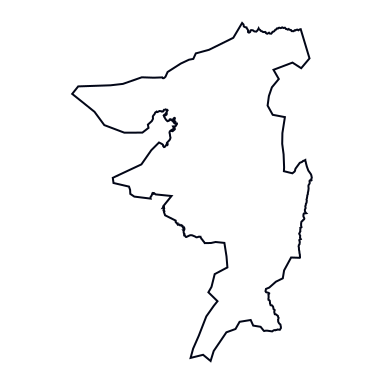 Renchinlxu'mbe, Hövsgöl, Mongolia
{"feature_id": "93677404B49169879261088", "entity_name": "Renchinlxu'mbe", "entity_type": "district", "adm_level": 2, "iso_a3": "MNG", "parent_name": "Mongolia", "parent_adm1": "Hövsgöl", "projection": "albers", "projection_center": [99.78, 51.076], "detail": "fine", "context": "isolated", "style": "outline", "palette": "ink", "viewbox_px": 384, "rotation_deg": 0, "n_neighbors": 0, "source": "geoboundaries", "source_scale": "gbopen_adm2", "svg_char_len": 6004}
<svg xmlns="http://www.w3.org/2000/svg" viewBox="0 0 384 384"><path d="M299.7,257.8L300.0,257.6L300.0,256.5L299.9,255.8L299.9,254.8L299.5,253.2L299.3,251.1L299.0,249.9L298.9,247.5L298.6,246.5L298.8,245.7L298.8,245.2L299.5,244.3L299.8,242.0L299.3,240.4L299.3,240.0L299.7,239.5L300.8,239.1L300.0,237.6L300.2,235.7L299.3,234.0L299.2,233.5L299.8,232.6L300.0,231.8L300.4,231.2L300.2,230.1L300.4,228.9L300.3,227.8L301.1,227.5L301.5,227.2L301.1,225.6L301.1,223.8L301.4,221.8L301.8,221.3L302.6,220.8L303.0,220.1L304.0,219.4L304.3,218.8L304.3,218.3L303.4,216.4L303.4,215.1L303.6,214.0L303.9,213.5L306.2,213.2L305.6,212.6L304.9,211.1L304.9,209.6L305.6,208.1L305.3,206.2L305.8,205.0L305.9,203.7L306.5,202.8L306.8,200.5L306.5,199.6L306.9,198.4L307.0,197.5L307.2,196.7L307.3,195.3L307.9,194.0L307.8,193.1L308.3,190.9L308.6,188.5L308.4,185.9L308.6,185.1L309.6,183.5L309.7,182.4L309.5,181.1L309.7,180.6L310.2,180.2L311.2,180.5L311.5,180.3L311.3,179.0L311.8,177.7L311.3,175.2L310.9,174.2L308.3,170.5L306.8,166.4L305.9,162.9L305.8,162.1L305.4,161.2L305.3,160.0L303.8,160.8L303.3,160.8L301.9,162.0L299.8,162.8L295.7,168.4L295.3,169.2L295.0,170.8L294.5,171.6L292.4,173.3L283.9,171.2L284.1,167.4L283.6,154.4L282.2,143.8L282.4,133.1L284.9,117.1L272.7,114.8L267.6,105.6L268.9,96.0L271.9,87.3L278.8,79.0L273.5,69.8L292.5,62.6L301.2,68.2L309.5,58.4L300.7,29.2L299.5,29.5L298.4,30.3L297.2,29.6L296.2,29.9L295.6,30.3L295.1,30.2L295.0,30.5L294.1,30.7L293.6,31.2L291.6,31.1L291.1,30.1L289.1,29.6L288.7,29.0L287.7,29.6L286.6,29.0L286.0,29.0L284.9,27.7L283.3,28.0L282.3,27.4L281.6,27.6L281.2,28.0L280.4,28.1L279.3,27.7L278.5,27.9L278.0,28.5L277.0,28.4L276.2,29.5L275.4,29.7L274.2,31.2L273.4,31.7L272.6,31.8L271.6,33.3L271.2,33.7L269.7,33.5L269.0,32.7L267.4,33.7L266.8,33.6L265.9,33.0L265.7,32.3L265.1,31.9L264.3,32.1L263.0,32.0L262.3,31.4L261.2,31.1L260.7,30.8L260.3,30.1L259.4,29.5L258.8,28.9L258.6,28.4L258.1,29.4L257.3,30.6L256.3,31.6L254.3,31.4L252.9,30.3L251.1,30.1L250.4,30.6L250.3,31.6L250.0,32.1L249.1,32.6L248.5,32.5L248.0,32.0L248.1,30.6L247.7,29.5L246.9,28.5L246.5,27.4L245.8,27.4L244.3,26.8L243.8,26.4L243.5,24.5L242.1,23.0L233.3,37.8L209.0,49.8L195.8,53.4L193.3,58.9L189.0,59.7L180.7,63.6L167.6,72.0L165.5,76.7L164.6,77.6L163.7,78.2L162.7,78.1L162.3,77.4L153.8,77.7L141.8,77.3L122.9,83.9L110.5,85.3L78.2,86.4L72.2,93.9L94.5,111.8L104.3,125.1L124.4,132.7L142.4,132.6L148.5,127.9L147.9,124.6L151.8,121.1L152.9,119.0L153.0,118.3L152.8,116.8L153.2,115.7L154.5,114.2L155.2,112.6L156.6,111.6L157.1,112.1L157.6,112.0L159.5,111.0L162.2,111.4L162.2,111.8L162.6,112.0L162.4,111.8L163.4,111.2L163.6,110.4L164.0,109.8L165.4,109.7L165.8,109.4L166.4,109.9L167.2,110.1L167.3,110.0L167.6,110.3L166.7,111.7L166.6,112.4L165.8,113.3L165.6,113.8L166.7,113.7L166.6,114.5L165.6,115.3L164.8,115.5L164.5,115.0L165.1,114.8L165.3,114.4L165.3,114.2L165.2,114.2L164.2,114.9L163.7,115.5L163.9,115.8L164.0,115.3L164.1,116.6L166.0,119.8L166.7,120.3L167.0,120.8L167.5,121.2L168.8,120.8L169.1,120.3L169.7,120.2L169.9,119.8L169.6,119.7L169.7,119.4L170.2,119.2L170.9,119.3L171.3,120.0L172.7,121.1L173.1,120.8L173.1,120.6L172.8,120.6L172.7,120.0L173.1,119.9L173.1,119.3L173.4,118.7L174.3,117.9L174.6,117.9L174.9,118.2L174.5,119.1L174.1,119.3L174.4,119.7L173.8,120.3L173.8,120.9L174.0,121.5L174.6,121.1L175.2,121.5L175.0,121.8L174.3,121.9L174.2,122.2L174.5,122.3L174.4,122.5L174.0,122.7L174.5,123.3L175.0,123.6L175.9,123.7L175.9,123.3L176.2,123.2L176.9,123.4L177.0,123.9L175.7,126.0L175.1,126.6L174.3,126.3L173.3,126.4L173.4,126.7L174.5,127.0L174.4,127.3L173.3,127.0L173.6,127.6L174.8,128.8L174.8,129.3L174.5,129.6L172.6,131.2L172.1,131.1L172.8,129.8L173.8,128.9L173.6,128.8L171.1,130.3L169.8,131.4L169.5,132.7L169.9,134.3L170.1,136.1L170.5,137.8L169.9,139.5L169.2,140.4L166.9,142.9L166.8,143.7L167.7,144.1L167.5,144.9L167.3,145.2L165.9,145.3L164.9,146.7L164.6,147.0L164.0,147.1L163.2,146.2L162.9,144.7L161.8,143.9L159.0,142.5L151.3,150.2L141.4,164.4L112.8,177.8L113.5,183.0L129.0,186.6L130.1,189.9L130.3,193.9L134.3,196.6L150.6,198.6L150.4,197.9L150.6,197.5L150.6,196.9L151.6,195.6L152.3,193.6L152.4,193.4L152.9,193.9L153.4,193.9L153.6,193.0L153.9,193.0L155.6,194.4L171.5,196.0L163.2,206.3L163.1,207.4L162.9,207.7L164.0,207.4L164.0,208.0L164.2,208.4L164.1,208.8L163.5,209.7L163.5,210.3L164.1,210.5L164.4,211.3L163.9,211.9L165.1,215.3L175.7,220.6L175.8,221.1L175.6,221.8L175.7,222.1L176.8,223.3L177.6,223.4L177.5,224.2L177.8,224.7L178.3,224.5L178.6,224.7L179.1,224.5L179.8,225.2L180.3,225.0L180.2,224.7L180.9,225.5L181.5,225.4L182.0,226.0L182.1,225.9L182.0,225.5L182.4,225.7L182.5,225.9L182.3,226.2L182.3,226.4L182.9,226.6L183.1,227.9L183.6,228.3L184.2,227.8L184.4,228.4L184.4,229.2L183.7,229.5L183.6,229.9L184.1,229.9L184.1,230.1L183.8,230.3L183.4,230.3L183.8,230.8L183.6,231.3L183.7,232.8L184.4,233.9L184.2,234.1L184.4,234.5L184.1,234.8L184.2,235.5L185.0,235.8L185.8,236.9L186.3,237.0L189.7,235.4L190.7,235.2L192.1,235.3L195.0,236.5L196.3,237.3L197.4,237.2L199.1,236.6L200.0,236.9L200.5,236.8L200.7,237.6L201.2,238.2L201.5,238.9L202.4,239.7L202.6,240.3L204.0,241.9L204.7,243.1L211.0,243.0L215.6,242.0L224.4,242.9L226.5,256.4L227.4,267.4L214.7,274.1L211.5,286.9L208.4,292.3L217.5,301.2L213.8,305.8L206.3,316.4L198.8,335.7L193.1,348.7L190.6,357.9L203.1,354.8L210.6,361.0L213.7,351.0L226.4,332.3L235.5,329.0L239.6,321.8L250.7,320.0L253.2,325.6L260.6,326.8L263.8,330.8L264.1,331.0L265.6,330.7L267.4,330.7L272.2,331.4L273.4,330.5L274.3,330.1L275.3,330.3L276.0,329.9L276.7,330.0L277.5,329.5L279.8,329.8L280.9,328.1L280.9,327.0L280.4,324.5L279.1,323.4L278.2,321.7L278.2,320.7L278.0,319.7L278.4,318.9L278.6,317.8L278.1,317.0L277.9,315.9L275.8,314.3L274.8,314.2L274.3,312.3L274.3,311.5L274.7,310.1L273.6,309.2L273.1,306.8L272.2,305.5L270.6,305.2L270.5,304.4L270.0,303.7L270.0,302.6L269.7,300.6L269.0,300.0L268.5,299.8L268.4,298.6L268.6,297.8L268.6,295.7L268.4,294.7L269.2,293.6L269.2,293.3L268.4,292.8L266.1,292.2L265.5,291.2L266.0,288.9L269.2,287.6L275.9,281.7L282.8,278.3L284.1,270.4L291.1,257.5L299.7,257.8Z" fill="none" stroke="#020617" stroke-width="2"/></svg>